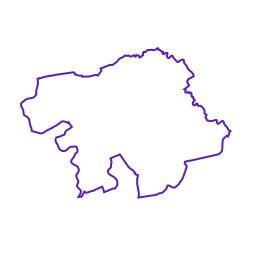 the district of Bang Rachan, Sing Buri, Thailand, rotated 347°
{"feature_id": "78962969B85882398949234", "entity_name": "Bang Rachan", "entity_type": "district", "adm_level": 2, "iso_a3": "THA", "parent_name": "Thailand", "parent_adm1": "Sing Buri", "projection": "orthographic", "projection_center": [100.278, 14.891], "detail": "fine", "context": "isolated", "style": "outline", "palette": "violet", "viewbox_px": 256, "rotation_deg": 347, "n_neighbors": 0, "source": "geoboundaries", "source_scale": "gbopen_adm2", "svg_char_len": 5754}
<svg xmlns="http://www.w3.org/2000/svg" viewBox="0 0 256 256"><g transform="rotate(347 128 128)"><path d="M197.5,77.5L197.4,76.5L197.6,74.8L197.5,74.1L196.9,73.6L196.5,73.5L193.8,74.0L192.3,74.9L191.9,75.0L191.5,75.0L191.0,74.7L190.5,74.1L188.3,70.1L188.0,69.4L187.7,68.0L187.6,67.8L187.3,67.5L186.8,67.4L186.2,67.5L184.3,68.8L183.9,69.0L183.4,69.1L182.8,68.9L182.2,67.8L182.0,66.3L182.3,65.7L183.1,64.8L183.3,64.1L183.1,63.7L182.7,63.4L182.2,63.4L181.0,63.5L180.0,64.0L179.6,64.1L179.1,64.0L178.6,63.6L178.4,63.2L178.4,62.8L179.2,62.0L179.2,61.6L178.2,61.2L177.8,60.6L177.0,60.0L176.7,59.2L175.5,58.6L175.3,58.2L175.4,57.4L175.2,57.1L174.8,56.9L174.1,57.0L173.4,57.8L172.6,57.8L172.1,57.9L171.5,57.7L170.4,58.0L169.9,57.8L169.0,57.1L166.7,56.9L165.6,56.6L164.4,56.5L164.1,56.6L162.3,57.9L161.9,58.0L161.6,58.0L161.0,57.4L160.6,57.3L159.2,58.5L159.3,59.9L159.1,60.4L158.8,60.6L157.8,60.8L156.3,61.8L155.1,61.9L154.9,60.6L154.8,60.1L154.5,59.6L154.0,59.3L153.4,59.1L152.9,59.1L151.6,60.1L151.2,60.1L150.8,59.9L151.1,58.8L151.0,58.6L149.6,58.5L148.2,59.0L147.3,59.0L145.8,58.5L144.5,57.3L142.7,57.5L142.0,57.1L141.4,56.6L139.8,57.5L138.7,57.9L135.5,58.5L134.3,59.2L132.2,60.9L127.4,63.0L126.8,63.0L125.8,62.7L125.2,62.7L123.7,62.4L122.7,62.9L121.8,63.0L119.5,63.0L118.7,63.4L117.6,63.5L116.6,63.7L114.8,63.7L115.0,65.5L114.9,66.3L110.4,70.2L109.3,69.3L107.9,68.9L103.8,69.1L101.5,69.0L94.9,67.7L95.0,67.0L95.0,66.6L94.8,66.5L94.1,66.5L93.4,66.2L92.6,66.2L91.7,65.8L90.5,65.1L89.8,64.9L89.2,64.0L88.6,64.0L88.5,63.0L88.2,62.7L88.2,62.3L88.0,61.9L87.3,61.7L86.9,61.4L68.9,59.9L65.7,59.9L64.2,59.6L56.9,59.4L52.9,59.9L52.6,59.4L50.9,59.7L50.8,61.9L49.9,65.5L47.0,71.1L46.6,72.2L46.2,74.5L45.7,75.1L44.6,76.0L43.9,76.4L43.0,76.8L41.5,77.2L36.9,76.9L33.7,77.5L32.2,78.6L30.2,79.3L29.7,79.6L29.4,80.0L29.0,81.1L28.9,82.2L29.1,83.5L29.6,85.7L29.9,87.3L29.5,90.8L29.6,91.7L30.0,92.5L31.3,93.6L32.4,94.7L33.3,96.1L33.6,96.9L33.3,103.9L33.9,106.1L33.5,108.7L33.7,109.3L34.2,109.7L36.8,111.0L40.5,113.1L41.8,113.7L42.5,113.8L45.3,113.4L48.0,112.2L52.0,111.4L59.7,109.1L60.8,108.6L61.0,108.6L64.7,106.9L65.1,106.7L65.6,106.8L67.1,107.2L69.6,108.6L70.3,109.5L71.4,109.0L71.5,109.8L73.6,114.3L70.8,115.6L68.3,116.2L66.7,117.1L66.0,117.8L65.0,119.7L64.7,120.0L64.0,120.3L63.4,120.4L61.6,120.5L59.5,121.1L58.8,121.1L57.4,121.0L56.5,121.1L56.0,121.3L55.2,122.1L54.8,122.8L54.6,123.5L54.7,125.6L54.9,126.6L55.3,127.3L55.6,128.4L56.2,132.4L56.7,133.4L57.3,134.2L57.9,134.8L58.7,135.5L59.5,135.8L60.3,136.0L61.6,136.1L62.3,136.0L63.0,135.8L64.3,134.9L65.4,134.3L67.1,133.6L67.7,133.4L70.4,133.9L72.1,134.0L72.4,134.1L73.3,134.6L73.6,135.2L73.8,135.7L73.8,137.9L73.5,139.3L73.1,140.1L72.4,140.6L71.6,140.8L70.8,141.3L70.2,141.9L69.1,143.8L65.8,146.5L65.4,147.2L65.0,148.5L65.1,149.1L65.3,149.5L66.7,151.1L69.7,153.7L70.4,154.9L70.7,156.7L70.6,158.1L70.3,158.8L69.0,160.4L67.4,161.8L66.8,162.7L66.7,163.4L66.8,164.3L67.5,167.7L67.5,169.4L67.2,170.1L65.8,171.7L65.3,173.1L65.3,173.7L65.5,174.2L67.6,177.6L67.8,178.6L67.8,179.3L67.4,180.4L67.0,181.1L64.2,184.0L64.8,184.2L66.1,184.2L67.2,184.6L70.9,180.7L71.2,180.2L72.6,181.7L72.8,181.8L73.2,181.8L78.6,181.2L79.4,181.4L80.4,181.3L81.3,180.9L86.8,179.9L89.6,179.3L90.2,182.2L90.3,185.2L100.0,183.6L101.1,183.8L101.7,184.1L104.2,181.9L104.9,180.7L105.5,178.3L105.4,176.6L104.5,174.4L103.9,173.5L103.1,172.5L99.8,169.3L99.1,168.4L98.6,166.6L98.7,165.8L99.0,165.1L99.5,164.3L101.7,163.1L102.2,162.7L102.6,162.2L103.4,159.4L103.9,158.5L104.3,157.4L104.3,156.0L104.1,153.7L109.6,152.6L112.9,152.3L114.1,151.9L115.8,156.2L117.1,159.3L117.3,160.1L119.8,166.2L120.6,167.5L121.5,168.2L122.3,169.4L123.3,170.2L124.3,172.3L124.9,173.3L124.4,173.7L124.3,173.8L125.3,175.1L125.7,175.5L126.8,175.8L127.0,175.9L126.6,177.1L126.4,178.1L125.3,179.6L125.5,180.7L124.7,182.6L124.4,184.3L123.9,194.8L123.8,195.1L123.5,195.6L122.5,198.1L140.5,199.5L143.7,198.7L145.9,198.9L147.3,198.6L151.3,196.3L152.2,195.2L153.5,193.1L154.0,192.9L154.8,193.2L155.7,193.8L158.1,195.9L158.9,196.3L159.9,196.5L160.4,196.4L160.8,196.3L162.8,195.3L164.4,194.4L165.2,193.8L165.9,193.0L168.8,190.6L170.5,188.5L174.0,183.1L174.8,181.5L175.6,180.6L176.2,179.3L176.7,178.7L175.7,176.1L175.2,175.4L175.9,173.7L179.9,173.6L180.5,173.7L181.0,173.9L209.6,174.0L210.9,173.8L212.1,173.3L213.4,172.4L214.3,171.5L214.7,170.7L215.1,169.7L217.2,162.2L218.1,160.5L218.5,160.1L219.2,159.6L222.5,157.7L223.1,158.3L223.5,158.8L225.0,156.8L225.7,154.9L227.1,154.3L227.1,153.9L225.6,152.6L225.0,151.0L224.9,149.7L224.2,148.9L223.1,146.8L222.7,145.6L222.5,143.6L222.1,142.6L221.0,142.4L217.4,144.1L216.7,144.2L216.2,143.9L216.0,143.4L215.9,142.6L216.2,140.8L216.1,140.2L214.8,139.8L212.8,140.1L211.8,140.1L210.8,139.8L209.6,139.6L208.3,139.2L207.7,138.9L206.9,138.3L206.6,137.7L206.6,136.6L205.9,135.4L206.1,134.6L207.2,133.6L207.4,132.7L206.1,131.4L205.8,131.0L206.0,130.2L206.5,128.9L206.3,127.4L205.7,125.4L204.8,124.3L204.4,123.4L204.0,123.0L203.4,122.6L202.0,122.5L201.5,122.2L201.3,121.9L201.2,120.4L201.0,119.9L200.6,119.6L200.2,119.6L199.8,119.7L199.1,120.8L198.7,121.0L198.2,120.9L197.1,120.4L196.7,119.9L196.5,119.2L197.1,117.6L197.5,117.1L198.6,116.7L199.1,116.3L199.3,115.9L199.3,115.6L198.4,114.6L198.2,114.1L198.6,112.9L198.5,112.3L198.2,112.1L197.3,111.9L197.1,111.6L197.4,110.2L197.6,108.1L197.5,107.9L197.2,107.8L196.1,108.1L195.8,107.8L195.5,106.8L195.1,106.5L194.9,106.5L194.2,106.9L193.8,107.0L193.0,106.8L192.2,106.3L191.8,105.9L191.8,105.5L192.7,104.5L192.9,103.9L192.8,103.7L191.6,102.9L194.8,101.6L197.2,100.2L196.4,98.4L196.7,97.9L196.2,97.1L196.0,96.2L196.3,95.8L197.2,94.8L197.6,94.0L199.6,93.6L202.5,92.6L203.0,92.7L203.6,92.5L203.8,90.9L202.7,88.1L201.0,85.9L199.7,83.6L199.4,82.6L198.9,80.4L197.5,77.5Z" fill="none" stroke="#5b21b6" stroke-width="2"/></g></svg>